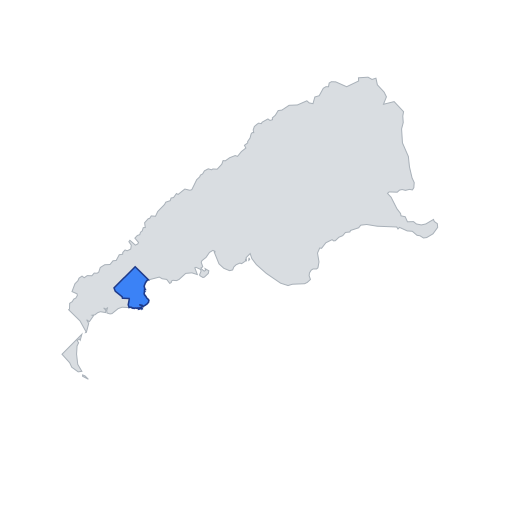 location of Deseado, Santa Cruz, Argentina, rotated 46°
{"feature_id": "61730980B75519794586759", "entity_name": "Deseado", "entity_type": "district", "adm_level": 2, "iso_a3": "ARG", "parent_name": "Argentina", "parent_adm1": "Santa Cruz", "projection": "albers", "projection_center": [-66.461, -47.291], "detail": "fine", "context": "in_parent", "style": "filled", "palette": "blue", "viewbox_px": 512, "rotation_deg": 46, "n_neighbors": 0, "source": "geoboundaries", "source_scale": "gbopen_adm2", "svg_char_len": 7120}
<svg xmlns="http://www.w3.org/2000/svg" viewBox="0 0 512 512"><g transform="rotate(46 256 256)"><path d="M310.2,154.5L306.6,159.2L307.0,162.6L303.3,170.2L303.9,171.8L301.2,175.3L301.6,179.5L300.1,183.3L300.1,188.3L299.0,189.7L297.1,189.9L295.0,196.6L296.0,203.5L294.5,204.6L296.6,209.7L304.0,214.8L307.5,219.6L307.4,221.4L305.0,223.9L304.5,226.1L305.3,229.3L307.1,231.5L310.7,233.1L310.6,237.5L309.7,240.3L301.6,249.4L299.5,253.5L292.6,257.2L275.5,260.7L262.4,261.7L255.0,260.8L250.2,258.5L250.3,264.2L252.6,266.0L251.3,266.0L252.3,267.1L251.5,271.7L249.9,272.5L248.5,276.3L248.5,279.6L249.8,282.5L248.2,285.2L242.5,287.7L236.0,288.1L224.1,283.3L224.6,282.6L224.0,282.3L222.0,283.1L221.1,287.0L222.3,292.9L221.8,298.1L222.5,299.8L226.8,301.8L226.4,303.9L227.8,304.2L230.9,303.8L231.3,302.1L229.7,301.4L233.9,300.2L235.4,302.5L235.3,307.8L234.6,309.1L231.3,310.0L230.4,309.7L228.7,306.0L227.1,305.2L222.5,307.0L222.0,308.2L228.6,311.1L223.6,313.8L219.7,318.6L219.4,327.7L218.5,330.3L215.8,332.6L215.3,334.3L216.2,335.4L215.8,337.1L210.8,336.5L207.2,339.3L204.0,340.2L198.2,350.5L199.1,355.6L205.6,362.8L213.7,364.7L214.7,367.1L214.3,370.0L213.3,371.7L210.4,373.3L212.9,373.3L214.0,374.8L199.8,387.9L198.1,391.7L197.4,399.6L196.3,401.2L193.5,402.8L191.5,401.2L190.0,398.4L190.1,400.7L187.5,401.7L190.6,401.7L192.2,403.5L188.0,406.6L186.8,409.2L186.4,412.8L184.8,415.0L186.1,414.5L187.5,421.5L184.2,422.1L188.3,423.2L193.1,431.1L192.7,431.8L192.5,430.9L180.5,427.7L164.5,428.1L164.6,427.0L160.6,422.9L161.2,419.8L160.4,417.2L161.1,414.8L160.3,411.9L158.9,411.0L153.8,413.1L150.2,405.5L150.1,401.3L149.0,398.7L149.6,395.1L152.3,394.7L152.9,391.0L156.2,387.8L155.9,384.3L158.0,382.2L158.4,380.4L156.1,376.0L157.2,370.9L160.7,366.9L160.1,362.2L162.1,359.7L160.1,353.5L162.1,350.7L160.9,349.3L160.7,346.0L162.8,345.0L164.0,341.3L161.6,338.2L157.4,337.5L157.1,335.8L164.4,335.2L165.2,332.6L164.6,331.1L159.0,330.7L158.8,327.1L159.9,324.8L158.7,322.6L158.9,320.4L157.3,317.4L158.6,315.9L154.7,313.0L154.3,307.7L155.1,306.3L154.4,303.5L157.6,300.7L155.7,295.7L155.4,286.0L154.6,283.5L156.6,279.3L155.3,276.8L156.7,274.7L155.8,269.8L157.6,269.3L158.4,260.7L162.8,257.9L163.7,256.1L159.9,245.6L160.0,241.6L159.2,239.8L159.9,237.4L158.9,234.0L160.1,229.8L163.2,228.0L163.4,226.6L166.6,223.6L166.2,216.8L164.5,213.4L166.2,212.0L167.0,206.7L169.3,201.2L171.5,200.1L170.7,193.9L171.3,188.3L168.3,187.4L168.9,183.4L167.8,182.4L167.0,178.3L164.8,174.7L164.6,173.0L165.7,171.9L163.4,170.5L161.7,167.2L161.9,164.0L162.2,161.9L164.5,160.2L164.0,158.7L165.7,152.2L168.2,151.8L169.4,149.4L168.0,148.3L168.2,144.4L166.8,139.0L169.0,136.1L170.6,127.5L176.1,121.3L179.7,111.6L182.8,111.4L186.0,109.2L182.5,103.2L184.6,99.2L182.1,91.1L182.8,88.1L184.6,86.3L182.4,83.2L183.0,80.7L186.1,77.7L197.2,73.2L201.4,60.6L199.0,58.5L205.2,51.2L209.6,49.9L211.4,46.2L217.2,49.8L227.1,50.0L232.1,51.6L235.4,58.9L240.9,49.4L254.7,49.6L257.3,53.2L262.3,57.4L265.7,63.0L276.4,72.1L290.3,77.3L298.5,83.7L308.2,89.5L313.1,91.2L316.5,95.0L317.1,97.6L314.7,99.3L312.6,102.9L309.7,104.7L308.3,107.0L308.2,110.1L302.4,115.7L302.3,117.9L307.6,118.0L319.9,121.8L325.9,122.5L327.8,123.8L331.4,121.4L336.6,123.3L340.7,118.8L344.3,118.4L348.5,115.5L350.9,111.6L353.0,102.9L355.0,103.8L358.7,103.1L361.6,105.4L363.0,113.3L361.3,120.4L359.4,123.0L355.3,124.0L353.0,125.8L346.8,126.4L343.0,129.8L335.1,132.9L335.2,135.1L332.9,134.6L318.8,148.1L310.2,154.5ZM191.9,463.8L191.3,435.6L194.5,441.0L193.0,440.7L192.6,443.4L195.2,443.9L196.4,447.2L202.0,453.3L210.1,459.5L218.0,461.4L215.8,464.4L208.0,465.8L203.4,464.2L191.9,463.8ZM221.1,463.3L223.5,462.3L228.2,462.2L222.0,464.3L221.1,463.3ZM254.2,263.0L254.1,264.2L252.4,262.3L254.2,263.0Z" fill="#d9dde1" stroke="#a8b0b8" stroke-width="1"/><path d="M179.8,350.4L180.1,365.3L180.0,366.3L180.3,380.3L183.6,381.7L192.3,380.6L193.6,381.4L198.4,376.8L198.7,377.1L199.0,377.1L202.3,381.8L204.9,383.1L205.0,382.7L205.2,382.3L205.5,382.1L205.7,381.9L205.8,381.8L205.8,381.7L206.0,381.5L206.5,381.4L206.4,381.3L206.5,381.2L206.8,381.1L207.4,381.0L207.7,381.0L207.8,380.9L208.1,380.9L208.3,380.7L208.2,380.7L208.3,380.5L208.2,380.4L208.5,380.1L208.9,380.1L209.1,380.1L209.3,380.1L209.4,380.3L209.4,380.2L209.3,379.8L209.2,379.6L209.3,379.5L209.4,379.3L209.4,379.2L209.5,379.0L209.8,378.8L209.9,378.7L210.1,378.6L210.1,378.4L210.4,378.2L210.6,378.1L210.8,378.1L211.0,377.9L210.9,377.9L211.0,377.7L211.1,377.4L211.3,377.4L211.2,377.3L211.3,377.1L211.7,377.0L211.8,377.0L211.9,376.9L212.1,376.9L212.1,377.0L212.3,376.9L212.4,377.0L212.4,376.9L212.5,376.9L212.8,377.0L212.7,377.1L212.8,377.1L212.7,377.2L212.8,377.2L213.0,377.0L213.1,376.9L213.2,376.7L212.8,376.5L212.8,376.4L212.7,376.4L212.6,376.2L212.6,376.3L212.5,376.2L212.8,376.0L212.8,375.9L212.7,375.9L212.8,375.9L212.7,375.8L212.8,375.7L212.8,375.8L212.9,375.7L213.0,375.5L212.9,375.5L213.0,375.4L212.9,375.4L212.7,375.3L212.8,375.0L213.0,374.8L213.2,374.7L213.4,374.7L213.5,374.8L213.4,374.9L213.5,374.9L213.7,375.1L213.8,375.0L214.0,375.1L214.3,375.0L214.4,374.9L214.2,374.9L214.2,374.7L214.4,374.5L214.3,374.4L214.2,374.4L213.9,374.3L213.8,374.2L213.7,374.2L213.6,373.9L213.5,373.3L213.4,373.1L213.5,373.0L213.4,373.0L213.4,372.9L213.3,372.7L213.2,372.6L213.3,372.5L213.1,372.5L212.9,372.6L212.7,372.5L212.2,372.7L211.6,373.2L211.3,373.2L211.2,373.2L211.1,373.3L210.7,373.4L210.6,373.5L210.2,373.7L209.9,373.9L210.7,373.2L210.8,373.2L211.0,373.1L211.3,373.1L211.6,372.7L211.9,372.6L211.9,372.4L212.0,372.3L212.2,372.2L212.3,372.3L212.3,372.2L212.3,372.3L212.5,372.2L212.6,372.3L213.1,372.4L213.2,372.5L213.4,372.4L213.6,372.4L213.7,372.2L214.2,371.0L214.3,370.5L214.4,370.2L214.5,369.9L214.5,369.5L214.6,369.3L214.6,368.8L214.8,368.1L214.8,367.6L214.8,367.0L214.7,366.3L214.6,366.1L214.6,365.9L214.5,365.7L214.6,365.4L214.4,365.1L214.2,364.9L214.1,364.7L213.8,364.5L213.7,364.3L213.7,364.1L213.6,363.9L213.3,363.9L213.2,363.9L213.0,363.7L212.9,363.7L213.0,363.7L212.9,363.6L212.7,363.6L212.4,363.6L212.0,363.6L211.7,363.6L211.5,363.8L211.0,363.7L210.7,363.8L209.8,363.6L209.7,363.6L209.3,363.5L208.6,363.4L208.3,363.3L208.3,363.2L208.2,363.2L207.7,363.2L207.5,363.3L207.4,363.2L207.1,363.1L207.0,363.3L206.9,363.3L206.7,363.2L206.4,363.1L206.2,363.1L205.8,362.9L205.4,362.7L204.9,362.0L204.9,361.9L204.7,361.8L204.6,361.6L204.3,361.2L204.1,361.0L204.2,360.9L204.0,360.7L203.9,360.8L203.8,360.7L203.7,360.6L203.8,360.5L203.7,360.5L203.6,360.4L203.4,360.3L203.1,360.0L202.9,359.8L202.8,359.6L202.7,359.5L202.7,359.4L202.8,359.3L202.6,359.3L202.5,359.1L202.5,358.9L202.4,358.9L202.2,358.8L202.3,358.7L202.2,358.7L201.9,358.6L201.7,358.5L201.3,358.1L200.7,357.9L200.4,357.8L200.1,357.5L200.0,357.3L199.9,357.2L199.7,356.9L199.4,356.4L199.2,355.9L199.0,355.5L199.0,355.4L198.8,354.9L198.5,354.4L198.3,353.7L198.1,352.8L197.9,351.9L197.9,350.9L198.0,350.8L198.0,350.7L198.1,350.4L198.2,350.2L198.3,350.1L198.2,350.1L198.2,349.9L179.8,350.4ZM212.4,372.5L212.2,372.6L211.9,372.7L211.9,372.8L212.2,372.6L212.3,372.6L212.4,372.5ZM214.8,374.5L214.8,374.4L214.7,374.4L214.8,374.5L214.8,374.5ZM211.8,372.7L211.7,372.8L211.8,372.7Z" fill="#3b82f6" stroke="#1e3a8a" stroke-width="1.5"/></g></svg>